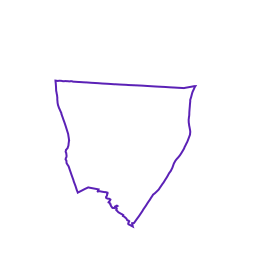 outline of Al-Najaf, An-Najaf, Iraq, rotated 143°
{"feature_id": "34846034B29737598200853", "entity_name": "Al-Najaf", "entity_type": "district", "adm_level": 2, "iso_a3": "IRQ", "parent_name": "Iraq", "parent_adm1": "An-Najaf", "projection": "albers", "projection_center": [43.801, 31.101], "detail": "fine", "context": "isolated", "style": "outline", "palette": "violet", "viewbox_px": 256, "rotation_deg": 143, "n_neighbors": 0, "source": "geoboundaries", "source_scale": "gbopen_adm2", "svg_char_len": 4564}
<svg xmlns="http://www.w3.org/2000/svg" viewBox="0 0 256 256"><g transform="rotate(143 128 128)"><path d="M190.4,95.5L188.7,94.6L187.3,93.0L185.3,90.9L184.5,90.3L184.1,89.8L183.3,88.7L183.5,88.5L183.8,87.9L184.5,87.8L184.8,87.3L185.3,86.8L186.4,86.3L186.9,86.2L187.5,85.5L187.0,84.1L186.0,83.1L185.6,82.8L185.1,81.5L185.7,81.1L186.9,80.7L188.0,80.5L188.3,80.3L187.7,79.3L188.1,78.4L187.8,77.6L188.3,76.9L188.5,75.7L188.5,74.5L188.5,73.5L187.9,73.1L187.1,72.2L186.5,72.1L185.8,72.3L185.6,73.0L185.1,72.8L184.2,72.9L183.6,72.7L183.4,72.1L184.0,72.2L184.5,72.5L185.0,72.3L185.3,71.5L185.5,70.3L185.9,70.0L186.5,69.9L186.8,69.5L186.5,67.8L186.4,66.5L185.8,65.1L185.2,63.7L184.7,62.7L184.2,61.4L184.5,61.2L185.0,60.8L184.9,60.6L184.7,60.2L184.5,59.7L184.3,59.3L184.2,58.6L184.1,58.1L183.9,57.2L183.8,56.9L183.8,56.5L183.9,56.1L184.0,55.5L184.1,54.8L184.0,54.6L183.7,54.3L183.5,53.9L183.3,53.7L183.2,53.2L183.1,52.8L183.2,52.7L183.3,52.7L183.6,52.6L183.9,52.4L184.1,52.4L184.3,52.2L184.6,52.1L185.1,51.8L185.4,51.5L185.5,51.2L185.6,50.9L185.4,50.5L185.2,50.1L184.9,49.6L184.6,48.9L184.3,48.2L183.9,47.3L183.7,46.9L183.5,46.5L183.4,46.8L183.1,47.2L182.8,47.9L182.6,48.3L182.4,48.8L182.2,49.1L182.1,49.3L182.0,49.5L181.8,49.4L181.4,49.1L181.0,48.8L180.8,48.6L180.5,48.5L180.2,48.6L179.8,48.7L178.8,49.0L178.2,49.2L176.0,49.9L172.6,50.9L171.4,51.3L170.8,51.5L170.6,51.6L169.1,52.1L166.5,53.0L165.8,53.3L164.9,53.7L163.7,54.1L162.2,54.6L160.4,55.2L157.8,56.2L155.5,57.0L153.6,57.6L151.9,58.3L149.6,59.1L148.7,59.4L148.2,59.7L147.8,59.7L147.2,59.7L145.8,59.7L144.2,59.9L143.2,60.0L141.8,60.2L140.9,60.3L139.8,60.6L138.8,61.0L137.0,61.6L135.2,62.2L134.1,62.6L132.6,63.0L131.3,63.5L129.3,64.3L127.6,64.9L125.6,65.7L124.5,66.2L124.3,66.3L123.4,66.7L122.3,67.2L120.8,67.6L120.1,67.9L119.4,68.0L118.5,68.6L117.3,69.1L116.1,69.8L114.6,70.8L113.1,71.8L112.2,72.3L111.0,72.8L109.9,73.3L108.9,73.6L107.3,74.0L106.0,74.2L104.3,74.6L102.8,75.0L101.7,75.4L100.6,75.8L98.1,76.8L96.9,77.3L95.5,77.9L94.3,78.7L93.0,79.3L91.6,80.0L90.7,80.5L89.5,81.0L87.8,82.0L85.6,83.4L83.7,84.6L82.6,85.3L82.0,85.9L81.6,86.4L80.9,87.1L80.5,87.6L79.8,88.8L79.2,90.0L78.3,91.8L77.7,93.1L76.7,94.8L76.4,95.5L75.5,96.8L74.8,97.8L74.5,98.2L73.6,99.1L72.8,100.0L71.9,100.8L70.6,102.3L70.1,103.0L68.9,104.4L67.5,106.0L65.6,108.1L64.3,109.6L62.1,112.0L61.5,112.9L60.4,113.7L59.1,114.6L57.1,116.2L55.7,117.3L54.5,118.1L52.0,119.4L50.3,120.4L49.0,120.9L50.0,121.6L52.5,122.8L57.8,125.5L59.3,126.2L59.9,126.7L61.3,127.9L64.4,130.5L66.5,132.3L69.5,134.8L74.1,138.8L77.0,141.2L80.0,143.7L82.0,145.4L87.6,150.2L90.7,152.9L94.9,156.4L101.6,161.9L103.5,163.6L107.5,166.9L111.6,170.4L113.0,171.5L115.5,173.7L117.7,175.6L120.1,177.6L122.0,179.2L124.9,181.8L127.4,183.9L128.2,184.6L130.0,186.1L131.8,187.7L133.5,189.2L135.7,191.0L137.3,192.4L138.7,193.6L140.5,195.1L142.8,197.1L144.0,198.1L144.3,198.6L144.6,199.0L145.1,199.5L145.6,199.9L146.0,200.0L146.6,200.4L146.9,200.6L147.5,201.2L148.0,201.7L148.8,202.3L149.3,202.8L150.0,203.3L150.8,203.8L151.3,204.2L151.7,204.4L152.1,204.9L152.7,205.6L153.2,206.1L153.7,206.5L154.3,207.0L155.0,207.4L155.6,207.8L156.1,208.1L156.3,208.3L156.8,208.9L157.4,209.5L157.6,209.2L158.1,208.4L158.5,207.7L158.8,207.2L159.1,206.7L159.7,205.8L160.4,204.7L161.0,203.8L161.7,202.8L162.6,201.5L163.0,200.9L163.2,200.5L163.4,200.0L163.8,199.2L164.2,198.5L164.7,197.4L165.2,196.4L165.8,195.5L166.0,195.1L166.3,194.6L166.8,194.0L167.6,192.9L168.1,192.0L168.7,191.1L169.3,190.1L169.7,189.2L170.0,188.7L170.1,188.3L170.3,187.9L170.5,187.1L170.8,186.3L171.0,185.7L171.3,184.2L171.8,182.2L172.1,180.8L172.3,179.9L172.7,179.4L172.8,179.1L172.9,178.6L173.3,177.5L173.8,175.8L174.5,173.7L175.1,171.7L175.7,169.8L176.6,167.1L178.5,161.8L179.3,159.5L179.7,158.7L180.2,157.8L180.9,156.5L181.2,155.9L182.0,154.5L182.6,153.4L182.9,153.3L183.2,152.9L183.6,152.5L184.3,151.8L185.1,151.0L185.7,150.3L186.2,149.8L186.6,149.5L187.1,149.2L187.8,148.7L188.3,148.3L188.5,148.3L188.9,148.2L189.8,148.0L190.4,147.8L190.8,147.8L191.1,147.4L191.7,146.9L192.0,146.7L192.1,146.4L192.4,145.7L192.4,145.1L192.7,144.7L193.6,143.1L194.0,142.5L194.2,142.3L194.9,141.7L195.1,141.6L195.9,141.3L196.1,141.1L196.8,140.4L196.8,139.1L198.2,136.9L198.4,134.9L198.5,133.1L198.6,132.8L199.9,128.9L200.5,127.0L201.3,124.6L202.1,122.0L202.9,119.4L203.5,117.9L204.8,113.4L206.3,109.1L206.7,107.5L207.0,106.6L206.2,106.5L205.4,106.3L204.6,106.2L202.4,105.8L199.3,105.3L196.5,104.7L195.5,104.5L195.0,103.9L194.3,103.1L193.3,102.0L190.0,98.4L188.5,96.7L189.3,96.3L190.4,95.6L190.4,95.5Z" fill="none" stroke="#5b21b6" stroke-width="2"/></g></svg>